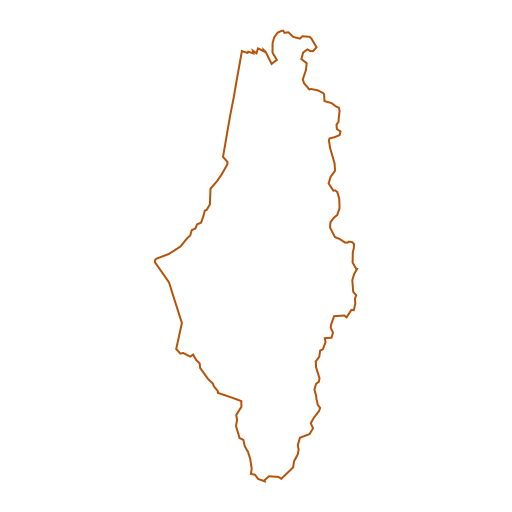 the district of Caguas, Puerto Rico
{"feature_id": "32010507B56185542285992", "entity_name": "Caguas", "entity_type": "district", "adm_level": 2, "iso_a3": "PRI", "parent_name": "Puerto Rico", "parent_adm1": "", "projection": "equal_earth", "projection_center": [-66.043, 18.213], "detail": "fine", "context": "isolated", "style": "outline", "palette": "amber", "viewbox_px": 512, "rotation_deg": 0, "n_neighbors": 0, "source": "geoboundaries", "source_scale": "gbopen_adm2", "svg_char_len": 2447}
<svg xmlns="http://www.w3.org/2000/svg" viewBox="0 0 512 512"><path d="M241.9,51.1L235.8,85.3L235.6,86.5L233.7,97.6L230.4,114.3L227.3,131.9L224.7,147.3L223.0,156.9L227.5,162.0L227.4,164.2L223.0,172.1L220.8,175.8L220.2,176.5L217.1,181.1L210.5,188.6L209.9,204.4L206.6,210.0L204.8,210.6L203.3,216.5L201.0,222.7L197.1,224.3L195.4,228.5L191.8,230.1L190.2,235.5L187.9,237.5L185.0,240.8L183.6,242.8L180.3,246.6L169.0,253.9L156.2,258.8L155.1,260.0L154.9,262.2L167.8,280.6L169.1,282.6L173.3,296.1L181.9,323.0L176.2,349.0L180.4,353.6L183.3,353.0L190.2,356.6L193.1,354.6L196.2,360.0L199.6,363.3L200.2,368.1L208.1,379.0L212.8,383.5L213.9,386.3L217.8,391.1L217.9,392.9L233.0,398.0L241.3,401.1L241.4,406.8L236.2,415.0L237.1,419.8L236.0,426.0L239.6,438.1L242.7,439.5L243.4,440.1L244.8,446.3L247.4,451.0L247.9,451.6L250.2,458.8L251.7,468.8L250.9,473.9L254.9,474.7L258.2,479.0L264.7,481.3L264.4,480.3L269.0,476.3L278.4,476.9L281.3,478.8L293.1,467.4L294.1,461.2L297.9,454.1L298.6,449.8L297.8,445.0L300.0,437.7L309.5,434.1L313.0,428.4L310.8,423.1L314.0,417.5L319.0,411.1L320.1,407.9L317.7,404.7L317.0,400.9L316.4,399.0L316.2,395.9L314.4,389.7L316.1,383.8L318.8,381.8L319.5,378.3L316.0,367.0L315.9,362.6L315.7,361.5L319.2,356.9L320.2,350.5L322.9,349.3L325.5,342.2L324.8,338.2L331.5,337.7L333.0,332.7L330.7,327.6L331.1,324.6L334.1,316.2L344.3,315.5L346.6,317.3L351.4,309.9L353.8,310.2L355.3,303.7L354.9,298.8L356.2,295.3L353.2,291.7L352.3,280.2L354.1,274.1L357.1,268.9L356.1,268.7L352.6,262.6L352.8,252.3L353.8,248.2L354.1,244.2L352.0,242.0L348.7,241.7L347.7,242.6L345.1,242.6L339.6,239.0L335.0,237.1L330.5,228.5L330.1,227.3L330.4,222.3L333.8,217.8L337.2,215.0L339.5,208.5L339.4,202.4L339.2,198.4L337.2,191.9L335.2,190.4L333.4,190.7L328.6,183.5L330.6,176.8L335.0,170.8L334.6,163.5L330.1,148.0L328.9,140.3L329.6,138.4L334.5,137.2L339.6,135.1L340.5,131.5L336.9,129.0L336.5,124.8L337.6,123.0L338.5,122.1L338.8,117.6L339.6,111.0L338.9,107.7L336.2,106.6L331.6,103.1L324.5,101.1L324.1,94.4L323.4,93.2L317.7,90.3L311.1,89.0L309.3,89.4L304.0,83.2L302.8,79.3L305.9,70.2L306.7,63.2L301.4,59.1L303.1,52.6L307.4,49.4L310.4,51.1L313.2,51.1L316.5,47.2L311.3,38.4L309.6,36.8L302.4,36.3L299.9,38.6L293.4,37.0L288.4,32.3L284.4,32.8L283.2,30.7L281.5,30.9L277.7,32.6L274.2,37.4L272.6,43.1L272.5,52.5L276.8,59.9L271.6,63.9L265.7,52.0L263.7,50.0L264.0,51.4L258.0,48.4L256.5,53.3L252.8,50.6L253.4,53.4L248.2,51.7L247.5,52.9L241.9,51.1Z" fill="none" stroke="#b45309" stroke-width="2"/></svg>